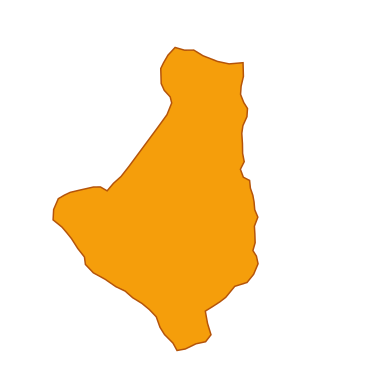 outline of União Paulista, São Paulo, Brazil, rotated 129°
{"feature_id": "56859067B29027932517440", "entity_name": "União Paulista", "entity_type": "district", "adm_level": 2, "iso_a3": "BRA", "parent_name": "Brazil", "parent_adm1": "São Paulo", "projection": "mercator", "projection_center": [-49.89, -20.889], "detail": "fine", "context": "isolated", "style": "filled", "palette": "amber", "viewbox_px": 384, "rotation_deg": 129, "n_neighbors": 0, "source": "geoboundaries", "source_scale": "gbopen_adm2", "svg_char_len": 1155}
<svg xmlns="http://www.w3.org/2000/svg" viewBox="0 0 384 384"><g transform="rotate(129 192 192)"><path d="M59.4,233.7L69.1,243.8L74.5,254.4L79.2,269.2L80.6,279.9L86.5,287.1L90.3,296.1L100.7,296.8L109.6,295.4L115.7,294.0L127.1,284.2L130.5,277.5L131.8,268.8L135.6,263.8L147.6,260.1L164.1,259.2L211.9,257.1L224.7,256.9L234.7,258.5L244.5,258.7L245.7,266.3L250.1,271.7L261.9,281.0L268.9,286.4L274.7,289.2L281.3,291.7L292.7,288.5L301.1,282.4L301.1,271.0L302.5,263.5L304.1,256.2L307.8,245.2L310.2,234.7L315.4,229.2L316.9,217.8L314.5,204.6L313.5,191.6L311.1,181.6L311.5,171.5L310.1,160.9L310.2,151.1L311.5,141.2L317.3,131.7L320.1,123.6L321.4,111.7L324.6,103.9L318.2,98.4L307.5,93.4L299.8,87.2L291.0,87.4L284.3,97.3L276.2,106.7L267.5,103.7L259.8,101.2L252.7,99.5L238.4,99.4L227.7,92.3L217.2,92.3L206.2,95.5L201.3,101.6L199.2,107.8L191.7,111.0L185.1,116.7L179.3,122.0L170.1,125.0L166.3,132.1L160.7,137.5L156.3,142.6L152.3,149.0L146.8,154.5L148.2,161.4L143.9,168.7L135.6,170.5L130.1,177.0L122.8,183.1L115.1,190.2L108.4,194.2L98.9,196.7L92.2,201.4L89.9,208.1L85.6,215.7L78.9,220.4L69.8,224.8L59.4,233.7Z" fill="#f59e0b" stroke="#b45309" stroke-width="1.5"/></g></svg>